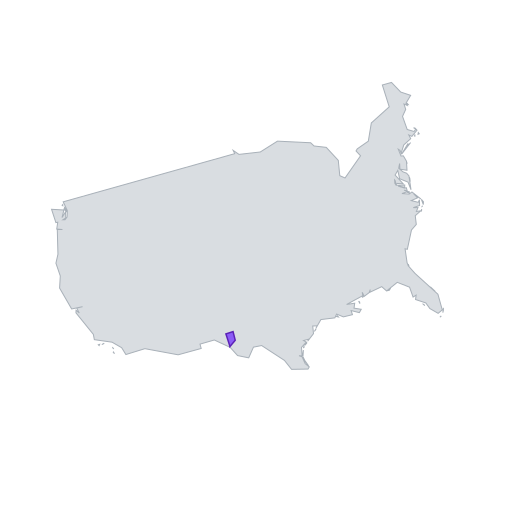 Culberson, Texas, United States of America (highlighted), rotated 342°
{"feature_id": "52423323B13187380615958", "entity_name": "Culberson", "entity_type": "district", "adm_level": 2, "iso_a3": "USA", "parent_name": "United States of America", "parent_adm1": "Texas", "projection": "orthographic", "projection_center": [-104.545, 31.332], "detail": "fine", "context": "in_parent", "style": "filled", "palette": "violet", "viewbox_px": 512, "rotation_deg": 342, "n_neighbors": 0, "source": "geoboundaries", "source_scale": "gbopen_adm2", "svg_char_len": 3964}
<svg xmlns="http://www.w3.org/2000/svg" viewBox="0 0 512 512"><g transform="rotate(342 256 256)"><path d="M406.8,165.1L428.8,155.3L429.0,132.4L438.5,132.8L444.3,144.8L452.7,151.0L445.8,157.1L446.3,159.5L443.7,157.2L443.7,162.8L438.5,168.5L438.9,182.4L444.8,186.4L447.1,184.8L445.5,182.7L446.8,183.5L448.0,186.1L441.2,190.4L438.7,188.1L439.4,192.2L430.9,196.0L425.8,203.1L425.6,200.0L424.3,198.4L424.8,205.7L427.1,206.3L428.4,212.3L426.1,221.1L419.7,217.9L421.2,212.4L418.8,216.6L421.8,221.4L424.8,223.8L426.2,227.0L423.9,240.9L423.4,232.7L416.5,226.9L417.3,218.4L413.3,222.0L418.3,232.8L412.7,230.6L411.3,231.4L411.7,227.5L411.3,226.5L410.5,229.7L411.1,232.0L419.4,234.5L418.5,236.9L414.2,233.9L412.8,233.5L418.1,237.2L420.1,237.6L419.9,240.8L417.1,239.1L421.7,242.5L421.1,243.3L418.8,241.6L414.1,241.7L420.7,244.4L424.1,243.3L430.5,252.8L425.2,245.6L427.6,250.6L420.8,251.3L426.9,255.1L428.8,253.0L427.2,258.5L420.5,258.6L425.0,260.0L422.3,263.2L426.7,263.9L419.9,266.9L418.2,275.5L411.9,279.3L402.0,296.4L400.0,295.2L397.6,309.2L397.8,312.5L401.9,321.8L417.2,348.6L416.5,364.8L411.5,366.8L405.1,359.7L403.0,353.1L394.3,346.7L396.2,342.7L392.7,343.6L392.4,333.1L382.2,324.7L369.4,329.6L366.1,324.0L353.0,325.7L354.3,323.2L352.3,325.8L346.5,327.8L345.8,323.3L345.3,326.7L327.2,330.1L335.3,331.4L333.1,335.9L339.6,339.2L336.8,341.8L329.6,337.3L329.6,341.6L320.3,340.9L314.7,336.1L311.9,339.2L298.1,336.5L290.8,343.1L292.6,341.3L288.3,340.1L286.7,347.6L278.8,353.0L280.6,351.4L275.1,351.1L277.2,353.4L271.0,357.0L269.0,365.2L266.1,364.1L268.7,366.2L269.5,373.6L272.4,377.9L270.5,379.6L254.8,374.8L250.8,364.1L233.7,342.9L225.4,341.9L217.6,350.6L207.7,345.0L203.2,334.9L190.4,323.0L175.5,322.5L175.3,327.0L151.4,325.9L121.7,309.8L101.8,309.5L99.9,301.7L92.5,293.5L76.4,285.6L77.1,280.3L67.2,254.4L68.1,252.0L70.3,255.6L69.4,250.1L75.4,250.6L64.3,249.4L59.3,225.8L63.7,214.5L63.5,201.0L68.2,193.1L75.2,169.4L80.1,171.0L74.8,168.8L77.9,162.6L76.0,162.4L76.0,148.4L87.5,152.9L83.4,159.5L88.5,155.2L86.8,161.0L83.6,161.9L85.6,162.5L88.4,160.5L90.6,154.6L89.4,144.9L267.4,152.1L266.9,148.5L271.2,154.1L292.2,158.4L311.9,153.4L343.0,165.2L345.2,169.3L356.4,174.4L363.8,190.5L360.5,205.5L364.8,209.3L386.4,193.0L383.6,187.0L385.4,185.4L398.3,181.5L406.8,165.1ZM434.5,197.9L438.1,195.9L425.9,204.2L435.4,195.9L434.5,197.9ZM89.0,150.7L89.7,154.7L89.5,155.3L87.9,152.1L89.0,150.7ZM272.1,376.7L269.6,370.2L269.6,366.5L270.1,370.4L272.1,376.7ZM446.8,157.2L447.6,159.1L446.9,158.9L446.8,157.2ZM315.0,338.0L315.6,339.5L313.9,338.5L315.0,338.0ZM82.0,292.6L84.1,292.1L84.2,292.3L82.0,292.6ZM80.0,291.7L79.1,292.7L78.6,291.7L80.0,291.7ZM444.7,189.5L444.2,191.1L443.8,190.9L444.7,189.5ZM270.6,363.0L269.6,366.1L272.0,360.1L270.6,363.0ZM412.6,339.7L415.5,345.0L412.2,339.2L412.6,339.7ZM91.4,298.8L92.0,300.5L91.3,298.9L91.4,298.8ZM417.5,365.4L416.2,367.6L418.2,363.2L417.5,365.4ZM432.0,256.2L431.0,258.8L430.8,253.2L432.0,256.2ZM88.1,147.4L87.8,148.5L87.3,147.8L88.1,147.4ZM277.3,354.6L274.5,356.2L277.4,354.2L277.3,354.6ZM448.5,188.8L449.0,190.2L447.7,190.3L448.5,188.8ZM90.8,303.2L91.2,305.2L90.5,303.4L90.8,303.2ZM273.8,357.4L272.6,358.2L273.6,356.9L273.8,357.4ZM426.3,229.6L425.6,233.0L426.2,228.4L426.3,229.6ZM290.0,344.5L288.2,345.8L290.8,343.5L290.0,344.5ZM398.3,310.7L398.4,313.1L397.9,311.5L398.3,310.7ZM427.4,264.1L426.9,264.8L428.1,262.5L427.4,264.1ZM374.1,328.2L372.1,329.8L371.1,329.7L374.1,328.2ZM345.6,327.6L345.3,328.0L344.0,328.1L345.6,327.6ZM400.6,353.8L401.2,355.4L400.2,353.6L400.6,353.8ZM340.3,331.8L340.1,333.4L339.7,330.6L340.3,331.8ZM413.2,370.6L412.0,371.0L413.6,370.2L413.2,370.6ZM428.4,213.4L428.1,215.1L428.3,212.7L428.4,213.4ZM429.9,259.6L429.3,260.3L429.2,260.3L429.9,259.6Z" fill="#d9dde1" stroke="#a8b0b8" stroke-width="1"/><path d="M210.2,329.7L210.4,326.9L210.8,320.8L208.2,320.8L206.5,320.8L205.6,320.8L203.9,320.8L203.3,320.8L203.3,322.7L203.3,330.8L203.3,332.4L203.2,334.1L210.2,329.7Z" fill="#8b5cf6" stroke="#5b21b6" stroke-width="1.5"/></g></svg>